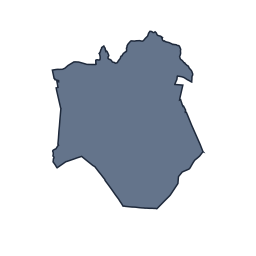 the district of Siria, Arad, Romania, rotated 244°
{"feature_id": "2599482B5262602220408", "entity_name": "Siria", "entity_type": "district", "adm_level": 2, "iso_a3": "ROU", "parent_name": "Romania", "parent_adm1": "Arad", "projection": "equal_earth", "projection_center": [21.642, 46.281], "detail": "fine", "context": "isolated", "style": "filled", "palette": "slate", "viewbox_px": 256, "rotation_deg": 244, "n_neighbors": 0, "source": "geoboundaries", "source_scale": "gbopen_adm2", "svg_char_len": 5686}
<svg xmlns="http://www.w3.org/2000/svg" viewBox="0 0 256 256"><g transform="rotate(244 128 128)"><path d="M205.3,190.1L204.2,188.1L202.0,185.9L200.9,182.6L200.0,180.8L199.7,179.5L199.8,178.8L201.5,176.6L202.8,173.6L203.2,172.0L204.9,169.1L204.9,168.4L203.6,165.2L203.4,164.9L203.3,164.6L203.2,164.4L202.6,163.7L202.2,163.1L201.8,163.0L201.4,162.6L201.1,162.5L201.0,162.4L200.9,162.3L200.7,161.9L200.3,161.6L200.1,161.4L199.9,161.4L199.7,161.4L199.4,161.3L199.2,161.2L198.8,160.9L198.6,160.9L198.2,160.6L197.7,160.3L197.6,160.2L197.6,159.9L197.6,159.6L197.4,159.3L197.5,159.2L197.4,158.9L197.5,158.6L197.4,158.4L197.2,157.7L197.1,156.6L196.9,156.3L196.4,155.5L196.2,155.1L195.9,154.8L195.7,154.6L195.6,154.4L195.5,154.1L195.5,153.8L195.6,153.6L195.6,153.3L195.5,153.2L195.2,152.7L195.0,152.4L194.6,152.2L194.4,152.1L194.3,151.9L193.7,151.1L193.5,150.7L193.2,150.0L193.1,149.6L192.7,149.2L192.6,148.9L192.6,148.7L192.4,148.4L192.2,148.1L191.9,147.9L191.8,147.7L191.7,147.5L191.7,147.3L191.5,147.0L191.4,146.8L191.5,146.4L191.5,146.1L191.6,145.6L191.7,145.4L191.7,145.0L191.8,144.9L192.0,144.9L192.6,144.7L193.1,144.2L193.4,143.8L193.7,143.4L193.9,143.1L194.1,142.9L194.5,142.8L195.0,142.8L195.5,142.7L196.1,142.6L196.4,142.5L196.6,142.5L196.8,142.3L197.1,142.0L197.4,141.9L197.6,141.8L197.7,141.6L198.0,141.3L198.5,140.9L198.8,140.7L199.0,140.7L199.3,140.6L199.5,140.6L199.8,140.7L199.9,140.9L200.1,141.0L200.6,141.3L200.8,141.4L200.9,141.6L201.0,141.9L201.1,142.1L201.4,142.4L201.6,142.5L201.8,142.6L202.3,142.6L202.6,142.6L203.0,142.6L203.7,142.7L204.0,142.7L204.3,142.7L205.1,142.7L205.5,142.7L205.9,142.7L206.3,142.6L206.7,142.4L206.8,142.3L206.7,142.0L206.6,141.9L206.5,141.7L207.0,141.7L207.4,141.7L208.0,142.0L208.3,142.1L208.7,142.0L208.8,142.1L209.1,142.2L209.6,142.4L209.8,142.4L210.6,142.3L211.2,142.2L211.9,142.2L212.3,142.2L212.0,140.5L211.9,139.6L210.9,139.0L210.4,138.1L209.5,137.2L208.6,136.5L208.2,135.6L207.8,135.6L207.6,134.8L207.4,134.9L205.7,134.6L204.2,134.2L202.9,133.6L202.2,133.0L201.7,132.7L201.8,131.7L202.8,130.3L203.1,129.4L203.1,129.1L203.0,128.7L202.5,128.5L201.6,128.1L200.2,127.4L199.7,127.5L199.3,127.2L199.2,126.8L201.0,123.2L203.2,118.9L205.0,117.0L208.9,112.6L210.6,109.5L210.8,108.8L211.1,108.5L210.5,101.6L209.4,97.5L209.5,95.2L209.5,94.8L209.7,94.3L210.4,92.9L210.6,92.3L211.2,91.2L211.8,89.9L211.9,89.6L212.1,89.1L213.2,85.4L204.9,83.3L204.4,83.8L203.5,83.5L201.0,86.4L199.9,85.9L201.0,84.5L195.3,82.9L195.5,82.6L195.3,81.5L195.5,81.0L193.4,80.4L184.4,78.3L175.4,76.2L175.0,76.3L174.4,75.9L171.4,74.1L165.4,70.5L159.3,66.9L155.9,64.8L148.8,60.7L146.5,59.3L144.7,58.2L144.2,58.2L144.1,57.9L143.0,58.0L142.9,57.4L142.5,56.8L142.2,56.2L141.0,54.3L140.9,54.0L140.9,53.4L141.0,52.7L140.9,52.1L140.9,51.2L140.7,50.7L140.4,50.3L140.0,50.1L139.5,50.1L139.0,50.1L137.7,49.6L137.1,49.3L136.8,49.0L136.1,48.5L135.8,48.3L135.5,48.4L135.2,48.4L134.9,48.6L134.7,48.6L134.4,48.6L134.1,48.6L133.9,48.5L133.5,48.2L133.4,48.1L133.0,47.4L131.9,46.8L131.3,46.4L130.4,45.8L130.0,45.9L126.9,46.4L123.5,46.7L123.3,46.8L123.4,47.4L124.3,53.2L124.7,55.8L125.0,57.5L124.8,58.0L124.2,62.8L123.7,67.0L123.6,68.3L122.8,73.9L118.6,75.8L109.7,80.0L107.6,81.4L106.9,81.4L105.2,81.8L101.2,82.6L98.3,83.3L95.2,83.9L92.0,84.6L91.5,84.6L91.1,84.4L90.8,84.4L87.7,85.0L85.1,85.5L82.7,85.9L81.0,86.2L74.7,87.2L73.4,87.4L70.7,87.9L68.2,88.4L66.0,88.6L63.9,88.9L62.2,89.1L59.9,89.3L59.5,90.3L58.7,91.3L55.3,96.8L53.7,99.8L51.6,103.0L50.5,104.8L49.7,106.2L49.1,107.3L48.7,107.9L48.5,108.1L48.3,108.6L47.6,110.0L46.5,111.9L45.4,114.2L44.9,115.1L44.3,116.1L43.9,117.0L43.2,118.1L42.8,118.5L43.0,119.2L46.3,128.4L48.6,135.1L49.2,136.6L56.2,148.5L62.2,152.1L64.7,157.5L64.4,163.5L64.4,164.4L64.4,165.1L64.5,165.5L65.2,166.7L66.1,168.0L68.0,170.8L69.4,173.1L69.8,173.8L70.0,174.6L70.6,177.2L71.0,178.7L71.4,180.1L73.6,184.5L73.8,185.0L73.7,185.1L74.1,185.0L77.7,185.3L81.3,185.6L89.0,185.9L102.6,186.4L112.7,187.1L116.6,187.3L116.9,186.4L117.1,186.5L117.4,186.5L118.2,187.2L118.9,187.6L123.3,187.5L123.3,186.9L125.5,187.0L126.7,187.2L129.2,187.5L130.4,187.7L130.5,186.6L132.2,187.8L142.5,196.1L146.6,189.2L147.0,189.5L147.5,190.0L148.7,191.4L150.2,193.2L151.7,194.2L152.7,194.8L152.9,195.1L153.0,195.2L152.2,196.4L151.2,197.8L150.8,198.4L150.1,199.2L149.2,200.1L148.6,200.6L146.6,201.8L145.3,202.6L144.0,203.6L141.6,205.2L141.4,205.4L142.3,205.9L143.3,206.5L144.0,206.9L144.6,207.2L145.5,207.7L145.8,207.7L146.2,208.1L146.8,208.7L147.2,209.3L147.7,209.6L147.9,209.7L148.4,209.9L149.6,210.0L150.9,210.2L151.9,210.1L152.9,209.9L153.6,209.7L154.4,209.4L154.9,209.3L155.7,209.3L156.1,209.3L157.2,209.3L157.7,209.0L158.3,208.5L159.0,208.3L159.9,207.9L160.3,207.6L160.6,207.7L161.8,207.5L162.0,207.0L163.4,206.7L164.2,206.5L165.4,206.1L166.3,205.5L167.3,205.3L168.6,205.5L169.6,205.7L170.3,206.5L171.2,207.4L172.3,208.2L173.0,208.4L174.6,209.1L175.2,209.6L175.5,209.8L175.9,209.9L176.3,209.9L177.1,210.0L177.7,210.0L178.4,210.0L178.7,210.1L179.1,210.0L179.4,209.9L179.6,209.8L179.8,209.7L180.0,209.5L180.1,209.2L180.3,208.9L180.6,208.6L180.8,208.4L181.7,207.8L182.2,207.1L182.5,206.6L182.7,206.1L183.2,205.8L183.3,205.0L183.6,204.7L184.0,204.6L184.2,204.4L184.8,204.0L185.1,203.7L186.6,202.5L187.5,201.5L187.9,200.9L188.3,200.6L188.5,200.1L189.1,199.7L189.5,199.2L189.8,199.1L190.0,199.1L190.3,199.0L190.4,198.8L190.5,198.6L190.5,198.2L191.4,197.7L192.0,197.6L192.4,197.6L192.8,197.8L193.4,198.0L193.9,197.9L194.2,197.8L194.4,197.8L194.3,198.5L194.9,198.3L195.8,197.8L196.4,197.4L196.7,196.9L197.7,195.9L198.3,195.2L199.3,195.0L200.6,195.1L201.4,195.0L202.6,194.5L202.4,193.6L202.5,192.9L202.9,192.3L204.3,191.6L205.0,190.6L205.3,190.1Z" fill="#64748b" stroke="#1e293b" stroke-width="1.5"/></g></svg>